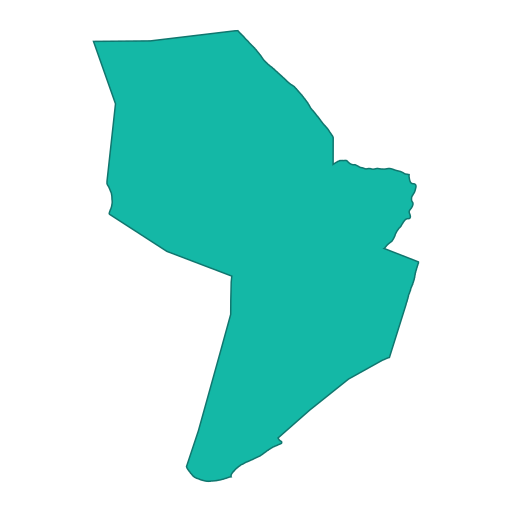 outline of Homoine, Inhambane, Mozambique
{"feature_id": "85939544B9969435799517", "entity_name": "Homoine", "entity_type": "district", "adm_level": 2, "iso_a3": "MOZ", "parent_name": "Mozambique", "parent_adm1": "Inhambane", "projection": "orthographic", "projection_center": [35.094, -23.913], "detail": "fine", "context": "isolated", "style": "filled", "palette": "teal", "viewbox_px": 512, "rotation_deg": 0, "n_neighbors": 0, "source": "geoboundaries", "source_scale": "gbopen_adm2", "svg_char_len": 6010}
<svg xmlns="http://www.w3.org/2000/svg" viewBox="0 0 512 512"><path d="M115.5,103.8L107.0,181.3L107.0,182.6L107.0,183.7L107.5,184.9L108.8,187.0L109.0,187.5L109.8,189.3L110.6,191.4L111.2,192.7L111.4,193.2L111.4,193.7L111.7,195.0L111.8,195.9L111.9,196.5L112.0,199.4L112.2,201.0L112.2,202.9L111.6,206.4L110.8,209.0L110.4,209.6L110.1,210.7L109.8,211.2L109.5,212.3L109.2,213.3L109.3,213.9L109.7,214.4L166.9,251.4L231.8,276.1L231.2,282.0L230.8,300.2L230.7,314.4L219.9,353.6L198.4,430.8L186.5,466.6L187.2,468.4L188.7,470.6L189.4,471.5L190.3,472.5L190.4,472.9L190.8,473.4L191.4,473.9L191.7,474.3L192.0,474.8L192.5,475.2L193.2,476.2L193.8,476.4L194.0,476.8L194.6,477.2L196.7,478.3L198.2,478.7L199.9,479.4L200.3,479.7L200.8,479.7L201.7,480.1L202.1,480.1L202.5,480.3L204.2,480.7L205.2,481.0L205.7,481.0L206.2,481.2L207.1,481.2L207.8,481.3L208.8,481.3L210.6,481.2L211.0,481.0L212.8,481.0L213.2,480.9L214.6,480.8L215.2,480.7L216.2,480.7L216.6,480.5L217.2,480.5L217.7,480.3L218.2,480.3L218.7,480.1L219.2,480.1L219.6,480.0L220.2,479.9L220.8,479.8L221.2,479.6L221.7,479.5L222.8,479.2L223.2,479.2L225.2,478.4L225.7,478.4L226.3,478.2L227.3,477.8L229.6,477.0L230.2,477.0L230.7,476.8L231.1,476.8L231.0,476.6L231.1,475.4L231.3,474.5L232.2,473.0L232.6,472.6L233.0,472.1L233.2,471.6L233.8,471.3L234.0,470.8L234.4,470.6L235.0,469.7L235.5,469.4L236.1,468.6L236.9,468.0L237.3,467.8L238.0,467.2L238.2,466.8L240.0,465.7L240.3,465.3L241.4,464.6L242.8,464.1L244.9,462.8L245.4,462.6L245.9,462.3L246.9,461.8L247.4,461.8L247.9,461.5L249.8,460.7L250.7,460.2L252.8,459.4L253.4,459.0L254.2,458.6L258.7,456.5L259.2,456.3L259.8,456.0L260.3,455.8L260.7,455.4L262.6,454.2L263.0,453.8L263.9,453.2L264.4,452.7L264.9,452.5L265.4,452.0L266.0,451.7L266.5,451.2L267.6,450.4L268.1,450.3L268.4,449.8L269.0,449.5L269.4,449.3L269.9,448.9L270.4,448.7L271.3,448.0L271.8,447.8L273.0,447.0L274.0,446.7L274.6,446.3L277.0,445.4L277.9,444.9L278.8,444.5L280.0,444.1L280.4,443.8L281.4,443.4L281.6,443.1L281.7,442.5L281.7,442.0L281.4,441.5L280.2,440.8L279.3,440.0L278.0,438.0L309.7,410.1L348.6,379.0L382.4,360.2L384.0,359.6L386.4,358.5L387.4,358.1L387.8,357.9L389.4,357.5L406.1,304.3L406.1,303.8L407.2,300.8L407.2,300.2L407.9,298.3L407.9,297.8L408.4,296.4L408.4,295.8L408.7,294.7L409.4,293.2L409.7,292.1L410.5,290.2L410.5,289.7L411.2,287.4L411.6,286.8L412.1,285.3L412.7,284.3L412.8,283.4L413.5,281.7L413.5,281.2L413.9,280.4L413.9,280.0L414.3,279.0L414.3,278.4L414.7,277.2L414.7,276.6L414.9,275.7L414.9,275.2L415.1,274.7L415.3,273.1L415.5,272.5L415.7,272.1L415.7,271.6L416.6,268.8L416.6,268.3L417.2,266.9L417.2,266.5L417.7,265.2L417.9,264.4L418.5,262.9L418.4,262.3L418.4,261.9L384.2,248.5L384.4,248.4L386.9,245.3L388.5,243.8L390.0,242.6L391.8,241.3L393.5,238.7L395.0,235.6L395.2,234.5L396.9,231.2L398.1,229.5L398.9,228.3L400.0,227.3L400.9,226.3L402.0,224.2L402.6,223.5L402.9,222.8L403.3,222.2L404.5,220.6L405.2,219.8L406.0,219.2L407.1,218.7L409.1,218.6L410.0,218.0L410.4,216.9L410.3,216.0L409.9,214.3L409.5,213.5L409.1,211.8L409.6,210.3L411.4,208.0L412.3,206.4L412.7,205.3L413.0,204.1L412.9,202.9L412.4,202.0L411.8,201.2L411.5,199.5L411.5,199.0L411.6,197.7L411.8,196.6L412.3,195.9L413.5,193.8L414.3,192.6L414.8,191.4L415.3,189.8L415.9,187.3L416.0,186.4L415.8,185.1L415.0,184.2L414.1,183.8L412.9,183.7L411.6,183.4L410.5,182.3L409.8,180.7L409.4,178.8L409.0,176.3L409.1,174.6L407.7,174.4L407.2,174.2L405.7,174.1L404.4,173.6L403.1,172.7L400.5,171.5L396.1,170.4L393.9,169.7L393.7,169.5L393.4,169.5L392.1,169.0L389.9,168.5L388.3,168.5L384.8,169.1L381.1,169.0L377.3,168.4L375.8,168.7L374.5,169.0L373.3,169.2L372.0,169.1L370.4,168.6L368.7,168.5L366.3,168.9L365.2,168.8L362.8,167.9L360.7,167.5L359.5,167.1L358.7,166.5L356.9,165.6L355.3,164.8L354.5,164.7L353.2,164.8L351.6,164.4L350.1,163.7L348.6,162.5L346.7,160.6L345.4,160.4L343.3,160.6L342.3,160.5L339.6,160.6L339.1,161.0L337.6,161.5L337.2,161.9L336.7,162.1L335.1,163.1L333.8,163.9L333.1,164.4L333.2,137.7L333.0,137.3L332.9,136.7L332.4,135.8L332.0,135.3L331.6,134.8L331.5,134.4L331.1,134.0L330.9,133.6L330.2,132.6L329.8,132.2L329.6,131.8L329.3,131.3L329.1,130.9L327.8,129.0L327.1,128.3L326.9,127.8L326.5,127.5L326.2,127.1L325.5,126.4L325.3,126.0L324.8,125.7L324.5,125.2L324.0,124.9L323.8,124.4L323.4,124.1L323.0,123.6L322.3,122.7L322.1,122.3L321.3,121.5L320.6,120.3L319.5,119.0L319.4,118.6L319.0,118.3L318.8,117.9L318.1,117.1L317.7,116.4L317.1,116.1L316.9,115.6L315.7,114.2L315.5,113.7L315.1,113.4L314.8,112.9L314.5,112.5L313.3,111.2L313.1,110.8L312.0,109.8L311.8,109.4L310.9,108.4L310.5,107.8L310.0,106.8L309.6,106.2L309.4,105.7L309.2,105.3L308.1,103.7L307.6,102.6L307.2,102.2L306.8,101.7L306.5,101.3L306.1,100.7L305.7,100.3L305.0,99.1L304.4,98.6L303.3,97.0L302.4,96.0L301.8,95.0L301.4,94.8L300.4,93.5L299.9,93.1L299.5,92.5L299.0,92.1L298.8,91.7L298.3,91.4L298.1,90.8L297.7,90.6L297.3,90.0L296.4,89.0L296.2,88.6L295.7,88.4L295.3,87.8L294.8,87.4L294.5,86.8L291.9,85.0L291.4,84.7L290.8,84.5L290.5,84.1L289.3,83.3L289.0,82.9L288.1,82.2L287.3,81.5L286.9,81.3L286.7,80.8L286.3,80.6L286.0,80.2L285.6,79.7L285.1,79.3L284.7,79.1L284.5,78.7L283.6,77.9L283.2,77.7L282.1,76.5L281.7,76.3L281.5,75.9L281.0,75.7L280.8,75.3L280.4,75.1L279.9,74.5L279.5,74.3L279.1,73.8L278.7,73.4L278.3,73.2L277.4,72.2L277.0,71.8L276.6,71.6L276.3,71.3L275.8,70.9L274.5,69.6L274.0,69.3L273.9,68.9L273.4,68.7L273.0,68.3L272.5,68.1L272.3,67.6L271.1,66.7L270.1,66.1L269.7,65.6L269.0,65.0L268.6,64.8L268.1,64.4L266.7,62.9L266.1,62.5L265.9,62.1L265.4,61.8L265.0,61.2L264.5,60.9L262.9,58.9L262.5,58.2L261.6,57.1L261.5,56.7L260.0,54.7L259.6,54.4L259.2,53.7L258.6,53.0L257.1,51.2L256.8,50.8L256.5,50.4L256.1,49.8L255.1,48.9L254.5,47.9L254.1,47.8L253.4,46.9L251.5,45.1L251.1,44.6L250.7,44.3L250.3,43.8L249.8,43.4L248.9,42.4L248.5,41.8L248.1,41.4L247.7,40.9L247.3,40.7L247.1,40.3L246.7,40.1L245.2,38.5L244.8,38.1L244.6,37.7L244.1,37.3L243.8,36.7L243.1,36.0L242.7,35.8L241.4,34.3L240.8,34.0L240.6,33.5L240.2,33.2L239.7,32.9L239.4,32.3L239.0,32.1L238.8,31.8L237.9,30.7L235.0,30.8L150.4,40.9L93.5,41.4L115.5,103.8Z" fill="#14b8a6" stroke="#0f766e" stroke-width="1.5"/></svg>